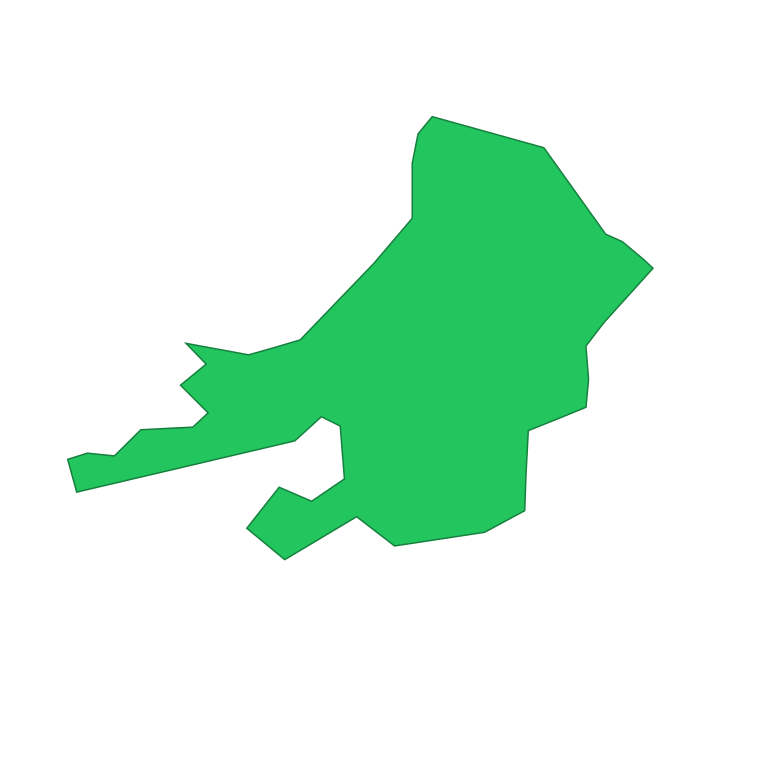 Zafarabad, Jizzakh, Uzbekistan (Natural Earth projection), rotated 311°
{"feature_id": "79887680B9171225127728", "entity_name": "Zafarabad", "entity_type": "district", "adm_level": 2, "iso_a3": "UZB", "parent_name": "Uzbekistan", "parent_adm1": "Jizzakh", "projection": "natural_earth1", "projection_center": [67.736, 40.329], "detail": "fine", "context": "isolated", "style": "filled", "palette": "green", "viewbox_px": 768, "rotation_deg": 311, "n_neighbors": 0, "source": "geoboundaries", "source_scale": "gbopen_adm2", "svg_char_len": 687}
<svg xmlns="http://www.w3.org/2000/svg" viewBox="0 0 768 768"><g transform="rotate(311 384 384)"><path d="M338.1,557.2L380.7,573.3L409.8,549.8L443.5,523.5L477.1,540.7L499.0,551.7L521.9,535.2L545.1,511.5L574.9,509.7L647.8,511.1L648.3,499.5L647.8,470.6L642.5,453.0L667.2,349.7L617.4,245.0L595.1,245.6L569.1,260.5L527.6,296.6L468.0,297.2L362.3,291.8L340.4,277.9L317.1,262.6L284.8,207.9L282.3,236.7L249.6,231.2L246.8,270.2L226.0,268.0L190.0,230.5L152.8,227.7L137.2,205.5L119.6,194.7L100.8,223.0L282.6,354.0L318.2,358.2L323.5,378.6L286.4,416.4L248.0,406.3L237.3,372.6L185.1,375.1L186.3,424.3L265.9,450.4L268.7,498.2L338.1,557.2Z" fill="#22c55e" stroke="#15803d" stroke-width="1.5"/></g></svg>